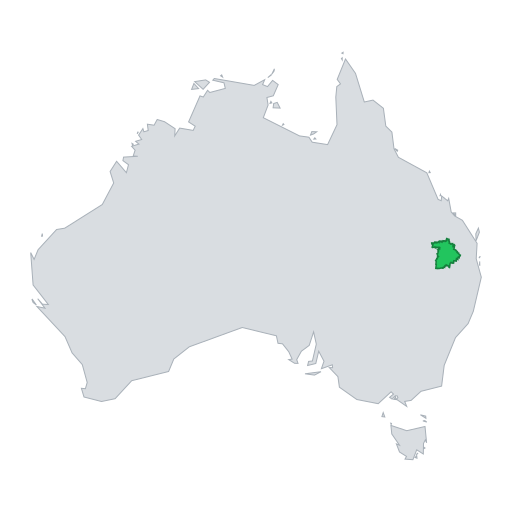 location of Western Downs, Queensland, Australia
{"feature_id": "25037944B15079852191884", "entity_name": "Western Downs", "entity_type": "district", "adm_level": 2, "iso_a3": "AUS", "parent_name": "Australia", "parent_adm1": "Queensland", "projection": "albers", "projection_center": [150.512, -26.807], "detail": "fine", "context": "in_parent", "style": "filled", "palette": "green", "viewbox_px": 512, "rotation_deg": 0, "n_neighbors": 0, "source": "geoboundaries", "source_scale": "gbopen_adm2", "svg_char_len": 8117}
<svg xmlns="http://www.w3.org/2000/svg" viewBox="0 0 512 512"><path d="M355.5,73.4L364.3,102.0L373.0,100.1L383.4,108.3L385.8,126.1L391.9,132.1L394.0,148.8L398.4,157.3L426.8,172.8L438.1,199.4L441.2,200.7L441.7,196.0L447.7,200.8L448.7,198.4L451.2,212.0L454.7,216.0L462.4,220.3L477.1,243.4L476.2,258.7L481.3,277.2L473.3,311.3L468.1,323.6L455.5,337.6L444.2,365.3L441.6,386.1L421.0,391.3L411.1,400.4L404.7,401.4L406.7,406.4L396.5,399.3L397.9,397.6L397.1,395.8L395.3,395.8L392.1,399.1L389.6,397.3L393.5,394.1L391.1,391.8L378.2,403.7L356.8,399.5L339.4,387.2L337.9,376.6L329.3,367.6L332.6,367.7L332.3,364.8L321.4,368.7L324.0,361.2L318.7,351.2L315.8,363.5L307.6,365.5L308.6,361.4L312.4,361.0L316.3,344.1L313.6,331.9L309.2,345.4L301.4,351.2L296.7,359.6L298.0,363.4L294.6,363.3L288.7,359.6L292.1,359.1L288.8,351.8L282.5,343.8L278.0,343.3L276.4,335.8L242.2,327.5L189.3,346.8L173.8,359.0L168.6,371.5L131.7,380.7L115.1,398.7L101.5,401.5L84.0,397.0L81.4,388.3L85.4,388.7L87.2,382.5L82.3,364.6L72.1,352.9L65.0,336.6L36.9,306.5L45.0,308.2L37.7,298.7L42.5,304.2L48.3,304.5L33.1,285.0L30.7,252.6L34.1,259.4L38.1,249.7L56.6,229.5L64.7,228.2L102.3,204.5L113.7,183.0L110.1,171.5L116.6,161.3L126.4,172.7L128.5,164.7L122.9,160.6L123.6,157.1L137.8,156.3L133.2,156.0L135.1,150.2L131.6,146.3L138.9,144.1L135.6,141.3L141.7,139.5L138.6,135.1L142.9,128.6L143.9,131.8L148.2,130.5L147.4,124.2L154.1,125.2L157.2,119.5L164.5,121.7L175.1,128.7L174.7,135.9L179.7,128.1L193.2,130.4L195.2,126.2L188.6,121.9L200.0,95.9L203.3,97.0L207.6,90.3L209.8,92.5L225.3,88.4L224.0,82.8L212.8,80.2L214.3,78.5L254.2,85.4L264.7,79.7L262.6,84.6L267.5,86.6L272.6,80.4L278.2,84.6L273.3,95.8L266.9,97.5L268.1,105.0L263.3,117.7L299.5,135.9L308.9,137.2L312.2,142.2L327.6,144.6L337.0,124.7L335.8,97.1L336.8,86.6L340.5,83.9L337.2,79.4L345.5,59.0L355.5,73.4ZM390.9,425.4L406.7,430.7L425.0,426.5L426.6,442.8L425.3,439.9L423.5,443.4L423.3,454.0L416.7,449.8L412.9,459.7L405.0,459.1L406.5,456.4L399.5,452.0L396.4,443.9L399.5,445.2L391.8,434.0L390.9,425.4ZM194.7,81.6L205.7,79.9L209.5,82.3L203.1,89.3L194.7,81.6ZM305.0,373.8L321.0,371.7L314.5,375.1L305.0,373.8ZM277.2,102.4L280.1,108.1L273.1,107.8L273.7,103.5L277.2,102.4ZM476.1,240.7L475.8,233.8L478.4,228.1L479.4,232.2L476.1,240.7ZM420.4,414.8L425.7,416.1L425.9,418.3L420.4,414.8ZM193.9,83.5L198.6,88.6L191.6,89.4L193.9,83.5ZM384.8,417.0L381.9,416.6L383.2,412.6L384.8,417.0ZM316.7,131.8L313.7,133.9L310.5,135.1L311.8,131.6L316.7,131.8ZM36.4,305.0L33.1,302.5L32.0,299.6L32.3,299.3L36.4,305.0ZM424.8,420.6L426.8,422.1L422.9,420.9L424.8,420.6ZM453.3,212.9L455.7,212.9L455.7,215.9L453.3,212.9ZM394.8,148.5L397.7,150.2L397.2,151.3L394.8,148.5ZM416.7,455.6L417.0,458.2L415.1,457.5L416.7,455.6ZM479.7,261.4L479.8,265.2L479.5,265.1L479.7,261.4ZM222.6,77.1L220.6,75.8L221.7,74.9L222.6,77.1ZM274.1,71.0L271.8,74.2L274.4,68.8L274.1,71.0ZM480.1,256.8L479.0,258.1L479.7,256.7L480.1,256.8ZM283.9,124.5L282.5,125.2L283.2,123.7L283.9,124.5ZM271.8,102.9L270.0,103.4L270.9,101.4L271.8,102.9ZM42.3,233.6L42.5,236.1L41.6,236.2L42.3,233.6ZM342.2,57.8L342.2,59.9L341.4,58.5L342.2,57.8ZM395.4,396.7L395.8,398.0L395.2,397.6L395.4,396.7ZM271.2,75.1L267.8,77.6L271.2,74.6L271.2,75.1ZM138.2,132.2L137.2,133.9L137.7,132.1L138.2,132.2ZM417.7,453.7L416.8,454.2L417.3,453.3L417.7,453.7ZM315.8,139.0L313.8,139.1L314.8,137.8L315.8,139.0ZM133.3,144.2L132.5,145.2L132.0,143.4L133.3,144.2ZM425.0,448.0L423.7,448.8L424.0,447.3L425.0,448.0ZM343.1,52.3L343.0,53.7L341.8,53.1L343.1,52.3ZM394.7,398.5L396.1,399.6L393.8,399.3L394.7,398.5ZM430.2,172.6L428.9,172.7L429.4,171.1L430.2,172.6ZM440.7,195.7L440.0,195.7L440.5,194.5L440.7,195.7ZM391.5,423.4L391.2,424.4L390.7,423.2L391.5,423.4Z" fill="#d9dde1" stroke="#a8b0b8" stroke-width="1"/><path d="M435.8,268.4L437.7,268.6L437.7,268.3L439.4,268.5L441.0,268.0L442.5,268.2L442.5,267.9L443.1,268.0L443.1,267.8L443.1,267.7L443.3,267.3L443.5,267.4L444.2,267.1L444.3,267.2L444.5,267.3L444.5,266.6L444.8,266.6L444.8,266.0L445.4,266.0L445.5,265.4L445.7,265.5L445.9,265.7L446.0,265.7L446.3,265.3L446.6,265.5L446.6,265.4L446.7,265.5L446.8,265.4L447.1,265.8L447.4,265.5L447.5,265.6L448.1,265.7L448.3,265.8L448.4,266.0L448.6,266.1L448.9,266.5L448.9,267.1L449.2,267.2L449.2,267.4L449.4,267.6L449.5,267.6L449.7,265.8L449.8,265.9L449.9,265.3L449.9,265.2L449.9,264.8L450.1,263.4L450.2,263.2L450.4,263.1L450.5,262.9L450.9,262.3L451.0,262.3L451.3,262.8L452.0,262.6L452.0,263.1L452.5,263.2L452.9,263.1L453.2,263.2L453.3,263.2L453.6,263.1L453.6,262.9L453.7,262.6L453.7,262.1L453.6,261.6L453.8,260.7L455.0,260.8L454.9,260.9L456.2,261.1L456.2,260.1L456.3,260.1L456.5,258.6L457.8,259.5L457.9,258.5L457.8,258.2L457.9,257.8L458.0,257.8L458.0,257.7L457.9,257.5L457.9,257.4L458.1,257.4L458.1,257.6L458.3,257.6L458.6,257.6L458.8,257.5L458.8,257.4L459.0,257.5L459.1,257.2L459.2,257.3L459.2,256.7L459.4,256.7L459.5,256.4L459.8,256.1L460.2,255.9L460.3,255.5L460.2,255.5L460.2,255.3L460.0,255.0L460.0,254.9L459.8,254.8L459.7,254.8L459.4,254.6L459.2,254.5L459.1,254.2L458.8,253.8L458.7,253.8L458.5,253.5L458.6,253.4L458.6,253.1L458.3,253.1L458.2,253.0L457.9,253.0L457.7,253.0L457.5,252.8L457.5,252.6L457.4,252.6L457.4,252.4L457.4,252.2L457.2,252.2L457.3,252.0L457.4,251.8L457.2,251.5L457.0,251.4L456.9,251.4L456.7,251.2L456.4,250.8L456.2,250.7L456.0,250.3L455.9,250.3L455.7,250.4L455.6,250.1L455.4,250.1L455.2,249.9L455.1,249.7L453.7,249.3L454.1,248.3L454.4,246.8L453.6,246.7L453.0,246.7L453.0,245.9L453.1,246.0L453.7,245.7L454.0,245.5L453.9,245.4L454.1,245.3L454.4,245.5L454.5,245.5L454.7,245.4L454.6,245.2L454.5,244.9L454.4,244.8L454.3,245.0L454.1,245.0L453.9,244.9L453.7,244.7L453.3,244.6L453.0,244.5L452.9,244.2L452.8,243.9L452.7,243.6L452.4,243.7L452.1,243.7L451.9,243.6L451.8,243.8L451.2,244.2L450.5,244.1L450.4,243.9L450.5,243.8L450.3,243.7L450.2,243.3L449.8,243.3L449.7,243.3L449.5,243.2L449.2,243.2L449.2,242.8L449.3,242.6L449.3,242.4L449.3,242.2L449.4,241.9L449.5,241.7L449.3,241.4L449.2,241.4L449.0,241.2L448.9,241.1L449.0,241.1L448.9,240.9L448.9,240.7L449.1,240.7L449.1,240.2L448.9,240.1L448.9,239.9L449.0,239.8L449.0,239.7L449.0,239.3L448.3,239.2L448.2,239.1L447.5,239.1L447.3,239.0L447.2,238.9L447.1,238.6L446.7,238.5L446.6,238.8L446.6,239.3L446.4,239.4L446.3,239.5L446.5,240.2L446.5,240.3L446.4,240.7L446.3,240.9L446.2,240.9L446.1,241.0L445.5,241.3L445.5,241.2L445.4,240.9L445.0,240.8L444.8,240.8L444.8,241.0L444.6,240.9L444.4,241.0L444.3,240.9L443.6,240.8L443.7,241.0L443.4,241.3L443.1,241.3L443.0,241.2L442.8,241.0L442.7,241.0L442.3,241.2L442.2,241.6L442.0,241.4L441.9,241.9L441.6,241.6L441.3,241.7L441.1,241.6L440.9,241.6L440.7,241.3L440.5,241.2L440.5,241.4L440.4,241.3L440.0,241.5L439.9,241.5L439.7,241.4L439.7,241.6L439.4,241.7L439.3,241.8L439.1,241.7L439.1,241.8L439.2,242.2L439.1,242.4L438.7,241.7L438.1,242.0L437.7,242.3L437.0,242.2L436.9,242.9L435.8,242.8L435.9,242.2L435.0,242.1L434.9,242.0L434.6,242.3L434.4,242.6L434.2,242.6L433.9,243.2L432.0,242.9L431.9,243.0L431.7,242.9L431.6,243.0L432.0,244.2L432.9,244.3L432.9,244.5L433.0,245.0L432.8,245.2L432.8,245.3L432.7,245.5L432.5,245.8L432.4,246.0L432.3,246.6L432.3,246.8L432.4,247.1L432.2,247.4L432.3,247.5L432.6,247.5L432.8,247.4L433.0,247.4L433.6,247.3L433.7,247.2L433.9,247.1L434.2,247.1L434.4,247.2L434.7,247.2L434.8,247.3L434.9,247.2L435.0,247.0L435.5,247.3L435.5,247.5L435.8,247.3L435.8,247.1L436.2,247.2L436.1,247.3L436.3,247.6L436.2,247.7L436.2,247.8L436.5,247.7L436.8,247.7L436.9,247.3L437.4,247.4L437.5,247.3L437.8,247.4L438.0,247.4L438.4,247.4L438.6,247.2L439.6,247.3L439.8,247.5L439.7,248.3L439.5,248.5L439.2,248.5L439.2,248.4L438.9,248.4L438.9,248.8L438.7,248.7L438.7,249.0L438.2,249.3L438.7,249.4L438.5,249.5L438.4,249.8L438.3,250.0L438.5,250.2L438.5,250.4L438.3,250.4L438.3,250.6L438.3,250.9L438.0,250.9L438.0,251.1L438.4,251.2L438.3,251.6L438.1,251.9L438.1,252.6L438.1,252.8L438.0,253.0L437.2,253.6L437.3,253.7L437.4,253.8L437.1,253.9L437.6,255.3L437.8,255.6L438.0,256.1L438.0,256.4L437.8,256.4L437.5,256.4L437.5,256.5L437.7,256.8L437.8,256.9L438.1,256.9L436.8,258.4L437.2,258.8L436.8,259.2L436.2,259.7L436.0,260.0L435.8,260.6L435.7,260.7L435.9,260.9L436.2,261.4L436.2,261.6L435.9,264.4L436.3,264.5L435.8,268.4Z" fill="#22c55e" stroke="#15803d" stroke-width="1.5"/></svg>